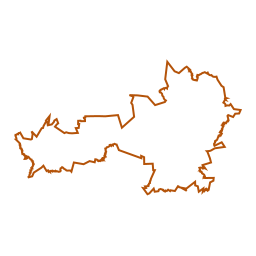 Santiago Papasquiaro, Durango, Mexico (orthographic projection)
{"feature_id": "50627088B53299694063482", "entity_name": "Santiago Papasquiaro", "entity_type": "district", "adm_level": 2, "iso_a3": "MEX", "parent_name": "Mexico", "parent_adm1": "Durango", "projection": "orthographic", "projection_center": [-106.236, 25.023], "detail": "fine", "context": "isolated", "style": "outline", "palette": "amber", "viewbox_px": 256, "rotation_deg": 0, "n_neighbors": 0, "source": "geoboundaries", "source_scale": "gbopen_adm2", "svg_char_len": 5845}
<svg xmlns="http://www.w3.org/2000/svg" viewBox="0 0 256 256"><path d="M71.4,171.7L73.9,162.5L83.6,164.2L89.6,161.1L94.7,162.3L95.3,159.3L96.6,159.5L97.4,160.0L97.6,160.6L97.9,160.8L98.1,160.5L98.5,160.5L98.8,161.1L99.3,161.0L99.5,160.7L100.2,161.0L100.7,160.2L101.8,160.6L102.0,160.3L102.4,160.3L101.9,160.0L102.1,159.5L101.9,158.9L102.3,158.6L102.9,158.6L103.7,159.1L103.7,158.6L103.3,158.0L104.2,158.0L104.6,157.6L104.4,156.3L105.5,156.4L104.8,154.8L104.9,154.0L105.6,153.8L105.4,153.0L105.8,152.7L105.5,152.3L106.1,151.3L105.6,150.7L105.6,150.0L105.3,148.6L106.1,148.5L106.7,147.3L107.9,147.1L108.6,146.5L109.4,146.3L110.2,145.2L110.0,144.9L110.3,144.8L110.6,145.1L110.6,145.6L111.5,145.2L111.7,145.6L112.3,144.7L113.0,145.2L113.0,144.7L113.3,144.4L114.6,143.8L115.9,144.5L116.6,144.5L118.9,150.1L141.3,158.2L141.2,155.9L144.1,157.2L144.2,164.0L152.7,163.7L153.2,170.2L154.8,170.2L150.8,179.1L150.8,179.9L150.2,180.6L150.2,181.4L149.9,181.6L150.0,183.0L149.0,183.5L148.8,184.7L147.5,185.5L148.5,185.4L148.5,186.0L147.9,186.2L145.1,186.4L146.0,188.0L144.2,188.3L143.1,188.1L147.5,194.2L149.3,193.4L153.7,188.6L154.7,191.7L158.4,191.2L158.9,189.6L160.5,189.0L162.9,189.7L162.8,190.1L164.1,191.1L165.0,191.5L165.4,190.5L166.8,191.0L168.1,189.7L170.1,191.1L170.6,190.3L174.9,191.0L178.0,186.2L178.7,186.5L179.1,187.2L180.7,187.5L186.7,190.8L184.1,188.2L186.3,188.6L195.1,181.8L195.2,185.4L197.8,186.3L198.8,191.7L203.3,188.4L202.8,191.8L203.7,190.8L204.2,191.1L204.4,190.0L205.6,189.7L205.5,189.1L206.3,188.6L206.5,188.7L206.1,190.1L207.0,189.9L207.6,190.7L208.1,190.3L207.6,189.9L208.7,189.6L210.1,182.4L213.4,180.7L213.7,177.9L205.1,178.0L205.0,177.0L203.6,177.7L203.7,176.9L204.4,176.0L204.3,175.0L203.8,174.4L202.9,173.9L202.5,173.4L202.0,173.3L201.6,171.9L200.8,171.9L200.2,171.6L200.4,171.2L200.2,170.4L199.8,170.4L200.2,170.0L199.7,169.2L199.8,168.7L199.4,167.8L200.4,167.6L202.1,167.8L202.9,168.6L204.6,168.1L205.2,168.4L204.4,167.2L203.8,166.9L203.7,166.6L202.9,166.3L202.5,165.1L211.0,162.5L209.9,158.2L207.4,151.7L206.9,151.2L209.3,151.0L210.6,150.7L214.8,148.3L224.7,146.9L221.7,142.3L214.5,145.8L214.1,145.0L214.1,143.7L215.0,142.7L215.0,142.2L215.3,141.7L215.0,141.6L215.1,141.0L217.1,139.8L218.3,136.5L218.5,136.9L219.7,135.2L220.0,135.4L220.7,135.1L220.8,135.3L221.8,133.6L219.8,132.4L220.5,131.3L221.4,131.8L221.8,131.0L221.5,130.8L222.0,130.0L221.7,129.9L222.3,128.9L222.0,128.7L223.3,126.5L222.8,126.2L223.0,125.9L222.2,125.3L223.2,124.9L222.8,124.7L223.2,124.2L222.7,123.9L223.5,122.7L224.7,123.4L225.2,122.6L226.1,123.1L227.5,120.8L228.1,121.2L228.6,120.4L227.5,115.9L228.2,115.1L233.1,117.0L235.2,113.7L239.1,113.5L240.6,110.0L233.9,109.1L230.6,104.1L229.3,105.5L227.1,105.4L225.5,105.9L225.4,104.3L224.7,103.4L223.4,102.6L225.1,99.6L225.6,99.8L224.9,98.9L224.9,98.6L226.6,98.2L225.3,97.8L223.6,87.2L221.5,85.8L217.5,79.6L216.5,76.6L215.1,76.9L213.2,76.7L212.1,75.9L211.5,75.1L211.0,75.3L209.4,75.0L208.7,74.2L208.0,74.0L207.8,73.7L208.0,73.3L207.7,72.6L206.7,73.3L204.8,72.2L203.3,72.8L202.5,72.9L200.7,74.2L200.3,74.2L198.9,75.1L197.4,74.9L196.9,76.5L197.7,76.8L197.8,77.1L197.7,77.6L197.3,77.6L197.6,78.4L196.9,80.5L196.0,80.4L195.7,80.0L194.4,80.1L193.1,79.6L193.2,79.4L192.2,78.7L192.4,78.5L192.1,77.6L192.2,77.0L191.7,75.6L192.1,75.4L191.9,75.2L192.1,75.0L191.7,74.3L192.2,73.9L191.0,72.3L190.8,71.5L189.7,71.4L189.9,71.2L189.7,71.0L190.1,70.8L189.0,69.9L189.8,69.5L186.7,66.7L184.9,67.8L178.9,73.1L174.6,71.3L167.3,61.8L165.2,79.3L168.0,86.0L167.6,86.2L167.6,86.9L167.1,87.7L167.0,88.5L166.3,88.0L165.3,87.9L164.6,88.3L164.4,88.8L164.1,88.2L163.8,88.2L163.4,88.7L162.5,88.8L162.1,89.2L160.6,89.8L160.5,90.3L160.0,90.5L159.5,91.1L159.8,92.3L160.9,92.5L162.1,93.9L162.3,95.6L163.5,96.8L163.7,98.1L164.3,99.2L164.9,99.9L165.9,100.5L164.9,102.0L155.1,105.1L147.6,96.6L137.7,95.4L129.4,95.1L133.3,96.6L133.4,97.0L131.2,102.9L132.5,104.8L134.1,116.8L121.9,127.7L118.0,115.1L105.3,116.3L98.2,116.1L85.3,116.3L85.3,117.4L83.9,117.7L84.0,118.3L85.0,119.4L85.0,121.1L81.0,121.2L80.7,120.7L78.2,120.8L78.1,124.1L79.2,124.0L78.7,127.9L75.8,128.1L77.8,132.9L72.1,133.3L68.9,133.1L66.2,132.3L64.4,133.1L55.0,126.7L56.7,124.5L58.2,123.3L56.6,119.1L54.3,120.6L54.0,121.8L51.8,124.4L47.8,125.3L47.3,121.7L48.7,122.8L49.6,116.0L46.0,120.5L46.4,120.9L43.5,126.1L43.0,128.0L41.7,128.2L36.6,136.7L31.6,131.4L32.6,134.1L31.9,139.0L30.9,139.5L23.4,138.3L20.2,132.7L19.9,133.0L18.6,133.1L18.3,133.8L17.8,133.9L17.9,134.2L17.2,134.1L16.3,134.9L15.5,134.9L15.4,135.6L16.4,138.2L16.5,139.4L15.9,139.5L19.2,142.7L19.7,143.7L20.0,143.7L20.1,144.2L19.8,144.7L20.0,144.9L19.7,145.1L20.0,145.5L20.3,145.4L20.4,145.8L20.2,146.2L20.4,146.6L20.1,147.0L20.4,147.6L20.3,148.1L20.8,148.2L20.8,148.6L21.5,148.6L21.9,149.4L21.7,149.6L21.8,150.5L22.1,150.6L21.9,150.9L22.3,151.6L22.0,152.1L22.4,154.1L23.0,154.1L23.0,153.7L24.1,154.2L24.1,155.0L24.5,155.1L24.7,155.7L25.7,155.7L26.8,156.4L26.3,157.0L25.2,157.7L24.7,158.9L26.1,158.8L26.8,158.4L26.8,157.9L26.6,157.7L27.3,157.9L27.6,156.6L28.0,156.6L28.7,157.1L30.1,158.9L30.9,159.3L31.2,159.8L31.6,159.8L31.6,160.6L32.7,161.1L32.4,161.9L32.7,162.5L33.1,162.5L33.0,163.5L33.4,163.5L33.8,164.1L33.7,164.5L33.1,164.8L32.9,166.1L32.2,166.8L32.4,168.4L31.3,168.3L31.5,169.3L31.4,170.3L30.4,170.4L30.8,171.9L30.7,172.3L30.2,172.1L29.9,172.4L30.4,173.1L30.1,173.8L29.6,174.2L29.2,176.3L27.9,177.5L32.2,176.3L33.8,172.6L41.4,167.7L43.4,165.7L46.6,171.0L47.3,170.5L48.2,170.4L48.6,171.8L49.2,171.4L49.6,171.7L49.5,171.4L50.6,170.9L51.4,171.2L51.8,170.9L51.9,171.2L52.2,171.1L52.5,171.4L52.7,171.1L53.2,171.2L53.3,171.0L54.1,171.4L54.6,171.1L55.1,171.4L55.4,171.0L55.6,171.3L56.4,171.1L56.9,171.5L57.5,171.3L58.6,171.8L59.9,171.6L60.7,170.8L60.3,169.5L60.6,168.3L61.8,167.8L62.1,167.2L62.9,167.6L64.4,169.1L65.5,169.5L66.2,170.3L67.0,170.6L70.3,170.5L71.4,171.7Z" fill="none" stroke="#b45309" stroke-width="2"/></svg>